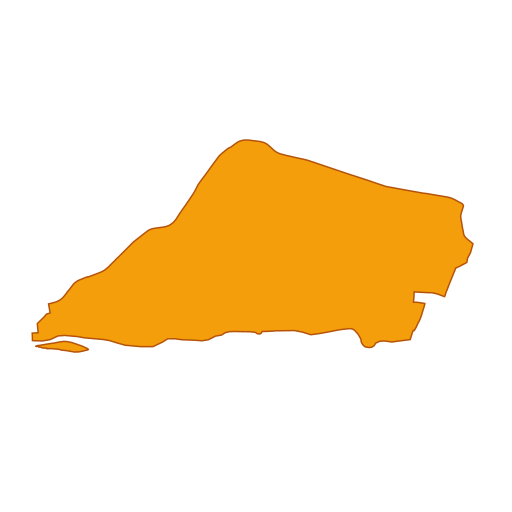 the district of Hilwan, Al Qahirah, Egypt, rotated 276°
{"feature_id": "37247803B18472339316050", "entity_name": "Hilwan", "entity_type": "district", "adm_level": 2, "iso_a3": "EGY", "parent_name": "Egypt", "parent_adm1": "Al Qahirah", "projection": "orthographic", "projection_center": [31.32, 29.854], "detail": "fine", "context": "isolated", "style": "filled", "palette": "amber", "viewbox_px": 512, "rotation_deg": 276, "n_neighbors": 0, "source": "geoboundaries", "source_scale": "gbopen_adm2", "svg_char_len": 5948}
<svg xmlns="http://www.w3.org/2000/svg" viewBox="0 0 512 512"><g transform="rotate(276 256 256)"><path d="M186.7,54.7L177.8,57.2L176.3,53.7L173.2,51.6L166.1,45.7L165.5,45.6L156.9,47.4L155.9,41.5L151.8,42.1L148.5,42.5L148.5,43.5L149.2,52.6L151.4,60.1L155.8,67.5L157.0,73.9L157.2,87.3L156.7,93.8L157.0,112.6L156.6,119.0L155.1,126.5L153.6,135.1L153.8,150.7L155.1,163.0L160.6,172.0L164.4,176.8L165.3,184.7L165.1,186.1L165.0,191.3L165.4,197.1L165.9,205.4L166.0,211.0L167.8,217.5L172.1,224.1L173.7,229.8L176.6,233.6L178.0,237.6L178.7,242.6L179.3,249.8L180.0,257.3L180.1,262.5L179.8,263.8L179.0,265.1L178.8,266.3L178.8,267.9L179.9,269.3L181.6,270.1L182.0,273.5L183.1,281.0L183.5,282.2L185.9,302.2L185.1,310.5L183.5,318.4L183.5,319.0L185.6,327.6L188.0,335.8L190.8,344.8L192.0,349.3L193.6,356.8L193.4,360.0L192.9,360.6L192.6,361.6L189.0,365.6L184.5,368.9L181.4,369.7L179.0,371.4L177.0,374.0L176.8,378.3L177.5,380.9L179.3,383.0L181.2,383.8L182.2,384.6L184.2,388.1L184.9,392.5L184.7,400.1L189.0,418.1L196.2,419.5L198.0,420.1L198.6,420.3L198.4,421.2L202.1,422.8L206.0,424.1L207.3,424.6L208.3,425.1L208.8,425.3L211.2,426.0L215.1,426.9L219.8,427.8L222.7,428.4L224.6,428.7L225.6,428.9L226.4,428.9L226.4,428.4L226.6,426.4L226.8,421.2L226.5,417.4L231.3,417.4L236.8,417.0L237.2,424.4L237.5,430.4L237.7,433.4L237.9,434.5L237.7,436.4L237.6,437.3L237.4,438.8L237.0,441.4L236.6,442.7L235.8,445.7L235.3,447.8L235.9,448.0L237.6,448.4L239.3,448.7L240.2,448.9L240.7,449.1L243.2,449.8L245.1,450.3L247.4,450.9L249.9,451.6L251.9,452.2L254.0,452.8L257.5,453.8L260.1,454.5L261.5,455.0L263.7,455.6L264.7,455.7L266.1,458.0L267.2,459.8L269.2,462.8L271.0,465.5L271.6,466.1L272.0,466.4L275.9,466.6L281.5,468.9L281.9,469.0L290.7,470.5L291.2,470.0L293.0,467.3L294.1,465.5L295.5,463.5L296.7,462.1L298.0,461.0L299.3,460.3L301.0,459.8L303.1,459.2L306.6,458.1L308.2,457.7L311.2,456.9L313.4,456.2L314.9,455.8L316.4,455.5L317.0,455.4L318.1,455.4L319.8,455.6L323.5,456.3L326.3,456.9L327.2,457.1L328.1,456.8L328.7,456.5L329.0,456.2L329.6,455.5L331.4,451.2L332.7,448.0L333.8,444.8L334.3,442.7L334.6,440.5L334.7,438.7L334.8,437.4L335.6,424.7L335.7,422.7L335.9,420.8L336.0,415.0L336.6,407.0L337.2,398.2L338.2,385.3L338.6,379.6L338.7,378.4L338.9,377.1L339.4,375.0L340.6,369.5L341.8,364.3L343.2,358.2L345.4,347.8L347.8,336.4L350.3,325.5L352.8,314.3L354.8,305.5L356.1,299.6L356.7,296.7L357.3,292.4L357.4,291.0L357.5,290.1L357.7,288.0L357.9,286.5L358.0,285.6L358.5,281.3L359.0,277.3L359.2,275.5L359.8,271.7L359.9,270.8L360.0,270.3L360.1,269.7L360.2,269.1L360.4,268.5L360.5,268.0L360.7,267.6L360.7,267.4L360.9,267.0L361.1,266.6L361.4,265.7L361.7,265.0L362.2,264.1L362.3,263.9L362.4,263.7L362.6,263.4L362.9,262.9L363.2,262.5L364.0,261.5L365.3,259.7L365.8,259.1L366.1,258.7L366.5,258.0L367.0,257.4L367.4,256.7L367.7,256.3L368.1,255.7L368.3,255.3L368.5,254.9L368.7,254.5L369.0,253.9L369.1,253.5L369.2,253.3L369.4,252.9L369.6,252.2L369.7,251.7L369.8,251.3L369.9,250.9L370.0,250.5L370.0,249.9L370.1,249.3L370.2,248.6L370.3,247.8L370.4,243.5L370.4,240.3L370.5,239.0L370.5,237.9L370.5,236.8L370.5,236.3L370.4,235.4L370.4,234.6L370.3,233.8L370.3,233.5L370.2,233.1L370.2,232.8L370.1,232.5L370.0,232.1L369.9,231.5L369.8,231.2L369.7,230.9L369.5,230.2L369.3,229.6L369.0,229.0L368.8,228.4L368.6,228.1L368.5,227.8L368.4,227.6L368.1,227.1L367.8,226.6L367.4,226.0L367.2,225.8L366.7,225.1L366.1,224.4L365.7,224.0L365.3,223.5L364.1,222.2L361.4,219.3L360.8,217.9L360.0,216.9L359.4,216.3L357.7,214.5L356.4,213.3L355.2,212.0L354.1,211.0L353.2,210.2L352.3,209.4L350.8,208.4L349.2,207.4L348.1,206.8L346.6,205.9L345.0,204.9L342.7,203.6L340.8,202.5L338.8,201.3L336.4,200.0L331.4,197.1L326.6,194.2L324.7,193.1L322.6,191.9L320.5,190.8L319.0,190.2L317.8,189.8L316.5,189.3L315.2,188.8L313.9,188.2L312.6,187.7L311.4,187.1L307.4,185.0L304.2,183.3L302.4,182.3L299.3,180.7L296.7,179.2L294.7,178.1L293.5,177.4L290.1,175.6L289.4,175.2L288.8,174.9L287.5,174.3L286.0,173.5L284.5,172.8L283.3,172.1L282.5,171.5L281.7,171.0L281.1,170.5L280.6,170.1L280.3,169.8L279.7,169.2L279.2,168.7L278.7,168.1L278.1,167.4L277.7,166.8L277.3,166.3L276.6,164.9L276.2,164.1L275.9,163.4L275.6,162.6L275.3,161.7L275.0,160.7L274.7,159.4L274.4,158.0L273.5,154.5L273.0,152.4L272.5,150.8L272.2,149.7L271.6,148.6L271.2,147.8L270.9,147.3L270.3,146.4L270.2,146.2L267.2,143.0L260.6,136.2L257.0,132.5L247.3,124.7L239.9,118.7L238.1,117.1L236.7,116.1L232.6,112.7L229.8,110.5L227.1,107.9L226.0,106.7L224.9,105.2L224.1,104.0L221.8,99.7L218.7,93.4L217.5,91.0L217.7,90.7L216.8,88.7L214.6,84.6L213.4,82.3L212.6,81.1L211.8,80.1L210.1,78.4L208.9,77.4L208.1,76.9L206.0,75.6L203.7,74.2L200.9,72.3L200.1,71.8L199.2,71.4L197.8,70.5L195.4,69.0L194.9,68.6L194.6,68.4L194.3,68.1L193.9,67.8L193.3,67.3L192.5,66.4L192.1,66.0L191.8,65.7L191.5,65.2L191.0,64.6L190.7,64.1L190.2,63.3L189.8,62.7L189.4,61.9L189.0,60.9L188.7,60.2L188.4,59.4L187.9,58.1L187.7,57.6L187.4,56.7L187.0,55.5L186.7,54.7ZM145.5,98.9L145.6,99.0L145.7,98.9L145.8,98.8L145.9,98.6L146.0,98.5L146.2,98.1L146.4,97.8L146.4,97.7L146.5,97.4L146.7,97.0L146.9,96.4L147.1,95.7L147.4,95.1L147.5,94.6L147.7,94.1L147.8,93.9L148.0,93.0L148.0,92.9L148.1,92.7L148.2,92.4L148.3,92.0L148.4,91.7L148.8,90.2L148.9,89.8L149.0,88.9L149.1,88.6L149.3,88.1L149.3,87.9L149.4,87.6L149.8,85.8L149.9,85.2L150.1,84.3L150.2,83.9L150.3,83.6L150.4,83.0L150.5,82.8L150.5,82.5L150.6,82.1L150.8,80.9L150.9,79.3L151.1,77.1L151.1,75.4L151.0,73.9L150.6,72.1L150.1,70.1L149.2,67.1L148.5,64.9L147.0,58.9L144.6,50.4L144.0,47.9L143.3,46.5L143.2,46.5L143.1,47.6L143.3,48.9L142.8,49.3L142.7,51.5L142.3,53.1L142.2,55.2L142.4,55.7L142.4,57.4L142.0,57.6L142.3,60.3L142.5,62.6L142.6,69.6L142.1,72.3L142.1,75.2L142.0,79.2L141.8,81.1L141.7,83.2L141.6,84.7L141.5,85.2L141.5,85.6L141.6,85.9L141.8,87.6L141.9,88.6L142.0,88.9L142.0,89.3L142.1,89.7L142.2,90.0L142.4,90.9L142.6,91.4L143.2,93.4L143.3,93.8L143.5,94.1L143.7,94.8L144.0,95.5L144.2,96.0L144.7,97.6L144.9,98.2L145.0,98.3L145.1,98.5L145.4,98.9L145.5,98.9Z" fill="#f59e0b" stroke="#b45309" stroke-width="1.5"/></g></svg>